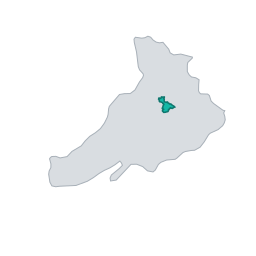 Bohechio, San Juan, Dominican Republic shown in context, rotated 138°
{"feature_id": "3306468B96171292047706", "entity_name": "Bohechio", "entity_type": "district", "adm_level": 2, "iso_a3": "DOM", "parent_name": "Dominican Republic", "parent_adm1": "San Juan", "projection": "orthographic", "projection_center": [-71.007, 18.905], "detail": "fine", "context": "in_parent", "style": "filled", "palette": "teal", "viewbox_px": 256, "rotation_deg": 138, "n_neighbors": 0, "source": "geoboundaries", "source_scale": "gbopen_adm2", "svg_char_len": 4239}
<svg xmlns="http://www.w3.org/2000/svg" viewBox="0 0 256 256"><g transform="rotate(138 128 128)"><path d="M44.7,168.3L45.0,159.3L46.4,155.6L45.1,151.7L39.3,147.6L35.8,142.3L32.7,137.6L33.5,136.9L39.7,136.7L41.9,135.0L46.2,130.2L47.0,126.4L46.7,123.5L44.0,119.9L42.9,116.3L46.3,113.1L50.7,108.4L51.3,106.6L51.2,104.8L46.1,99.9L45.8,97.7L48.2,92.4L48.0,88.9L45.6,77.8L44.5,76.1L46.8,75.2L48.3,71.9L50.3,69.0L53.0,67.4L56.0,66.4L62.0,66.5L70.3,69.1L72.6,69.1L80.6,66.7L87.2,65.5L93.4,66.9L95.9,68.9L101.0,72.1L103.6,73.0L111.7,72.9L113.9,73.2L120.8,78.4L126.5,80.5L129.8,80.6L135.8,78.5L138.8,78.6L142.2,83.1L142.9,89.5L145.8,95.3L150.1,99.0L171.6,97.2L176.4,100.3L174.8,102.8L171.8,104.2L161.6,103.7L157.1,104.0L156.2,106.6L156.2,108.9L162.2,109.4L168.1,110.5L174.1,112.4L180.2,113.6L187.0,114.3L193.8,115.6L205.1,120.1L217.7,130.4L221.0,132.7L223.3,135.9L222.3,140.0L217.9,146.7L215.4,148.8L211.8,150.2L209.3,152.9L206.9,157.6L205.4,158.0L203.7,157.8L200.6,155.2L198.5,151.2L192.4,147.5L185.3,148.1L174.7,146.0L168.3,147.1L162.0,147.4L155.4,146.3L148.9,146.0L142.3,147.4L136.0,149.9L133.6,151.5L129.6,155.2L127.4,156.6L111.9,158.6L107.5,155.8L103.3,152.1L97.4,151.6L88.8,154.5L83.4,155.6L81.2,156.8L80.5,158.2L80.5,163.5L79.3,166.7L70.8,178.8L66.1,187.3L64.1,190.0L61.8,190.5L57.7,185.6L55.1,183.8L51.8,182.9L50.4,180.3L50.5,176.6L49.6,173.0L47.6,170.2L44.7,168.3Z" fill="#d9dde1" stroke="#a8b0b8" stroke-width="1"/><path d="M90.9,116.3L91.0,116.2L91.1,115.9L91.0,115.7L90.9,115.7L90.5,115.3L90.4,115.2L90.2,115.0L89.9,114.8L89.7,114.7L89.4,114.5L89.0,114.4L88.9,114.4L88.6,114.2L88.3,113.9L88.2,113.9L87.8,113.8L87.7,113.8L87.6,113.7L87.4,113.5L87.1,113.5L86.9,113.6L86.6,113.8L86.3,113.8L86.0,114.0L85.9,114.1L85.8,114.3L85.7,114.4L85.7,114.5L85.4,114.7L85.2,114.6L85.2,114.4L84.9,114.3L84.6,114.4L84.4,114.4L84.2,114.4L84.0,114.5L83.8,114.6L83.7,114.7L83.4,114.6L83.2,114.6L82.9,114.6L82.7,114.5L82.7,114.4L82.7,114.1L82.8,114.0L82.8,113.9L82.7,113.8L82.7,113.7L82.4,113.4L82.2,113.3L82.0,113.2L81.8,113.0L81.8,112.9L81.7,112.9L81.4,112.8L81.2,112.8L81.1,112.7L80.8,112.7L80.6,112.6L80.4,112.6L80.2,112.8L80.0,112.7L79.9,112.6L79.7,112.5L79.5,112.4L79.4,112.3L79.2,112.2L79.1,112.6L79.2,112.8L79.2,113.0L79.2,113.3L79.3,113.4L79.3,113.6L79.4,114.0L79.5,114.3L79.6,114.5L79.7,114.8L79.8,115.0L79.8,115.6L79.9,115.8L80.0,116.0L80.0,116.4L80.0,116.9L80.0,117.1L80.1,117.3L80.3,117.4L80.4,117.5L80.6,117.5L80.8,117.6L80.9,117.8L81.0,117.9L81.0,118.1L81.1,118.3L81.1,118.5L81.0,118.8L81.0,119.0L81.1,119.3L81.4,119.5L81.5,119.6L81.5,119.8L81.4,120.0L81.4,120.3L81.3,120.5L81.2,120.7L81.2,120.8L81.3,120.9L81.3,121.0L81.5,121.1L81.9,121.2L82.0,121.3L82.3,121.4L82.3,121.5L82.3,121.8L82.5,121.9L82.8,122.1L83.0,122.4L83.1,122.5L83.3,122.9L83.4,123.1L83.3,123.3L83.2,123.5L83.1,123.9L82.9,124.0L82.6,124.4L82.5,124.5L82.4,124.6L82.1,124.9L81.8,125.1L81.7,125.2L81.7,125.3L81.7,125.5L81.8,125.9L81.8,126.0L81.7,126.0L81.4,126.1L81.1,126.2L80.9,126.3L80.7,126.3L80.5,126.5L80.3,126.6L80.2,126.7L80.2,126.8L80.3,126.9L80.5,127.0L80.8,127.1L81.0,127.3L81.1,127.5L81.3,127.7L81.6,127.9L81.8,127.9L82.0,128.0L82.2,128.4L82.2,128.5L82.3,128.5L82.5,128.7L82.8,128.6L83.1,128.5L83.3,128.3L83.4,128.2L83.6,128.1L83.8,128.1L84.0,128.3L84.3,128.5L84.5,128.5L84.7,128.8L84.8,129.1L84.9,129.3L84.8,129.5L85.0,129.6L85.3,129.6L85.4,129.4L85.3,129.2L85.5,129.0L85.7,128.9L85.9,128.8L86.0,128.8L86.0,128.7L86.0,128.4L86.1,128.2L86.2,127.7L86.3,127.5L86.5,127.4L86.7,127.2L86.8,127.1L86.8,126.9L86.8,126.6L86.8,126.4L86.8,126.2L86.7,126.2L86.6,125.9L86.3,125.5L86.2,125.4L86.0,125.1L85.9,124.8L85.8,124.7L85.7,124.5L85.7,124.4L85.6,124.2L85.5,123.8L85.5,123.7L85.4,123.6L85.4,123.4L85.5,123.4L85.7,123.0L85.7,122.9L85.7,122.7L85.4,122.4L85.4,122.2L85.4,121.9L85.4,121.7L85.5,121.7L85.9,121.5L86.0,121.5L86.1,121.4L86.3,121.3L86.5,121.2L86.8,121.0L87.0,121.0L87.3,120.9L87.5,120.9L87.6,120.7L87.8,120.4L88.0,120.2L88.3,120.1L88.5,120.0L89.0,120.0L89.4,119.7L89.5,119.6L89.6,119.4L89.6,119.2L89.4,118.9L89.2,118.7L88.9,118.3L88.9,118.2L89.0,118.0L89.3,118.1L89.5,118.2L89.8,118.2L90.0,118.1L90.3,118.0L90.5,117.9L90.8,117.8L90.9,117.7L91.0,117.7L91.1,117.4L91.0,117.1L91.0,116.8L91.0,116.5L90.9,116.3Z" fill="#14b8a6" stroke="#0f766e" stroke-width="1.5"/></g></svg>